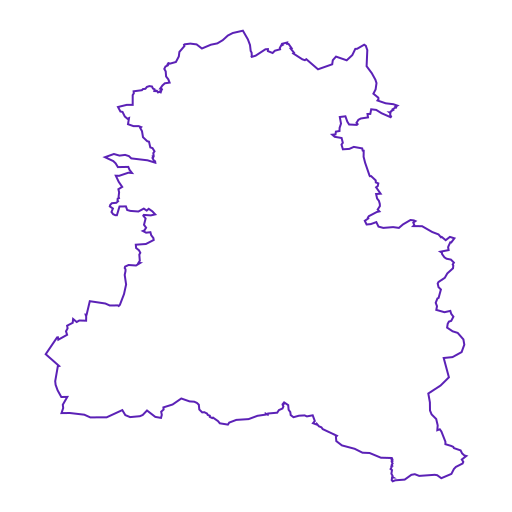 outline of Mallow Lea-5, Cork, Ireland
{"feature_id": "5873133B25639176820798", "entity_name": "Mallow Lea-5", "entity_type": "district", "adm_level": 2, "iso_a3": "IRL", "parent_name": "Ireland", "parent_adm1": "Cork", "projection": "equal_earth", "projection_center": [-8.702, 52.146], "detail": "fine", "context": "isolated", "style": "outline", "palette": "violet", "viewbox_px": 512, "rotation_deg": 0, "n_neighbors": 0, "source": "geoboundaries", "source_scale": "gbopen_adm2", "svg_char_len": 5950}
<svg xmlns="http://www.w3.org/2000/svg" viewBox="0 0 512 512"><path d="M61.5,413.1L69.8,413.0L84.3,414.7L90.3,417.4L106.7,417.3L122.3,410.1L125.3,415.1L130.1,417.1L139.9,416.2L142.7,415.0L147.0,410.5L155.3,416.9L161.0,417.9L161.8,414.9L161.2,411.7L163.6,409.5L163.4,407.4L172.6,404.5L181.3,398.5L189.6,401.4L194.2,401.7L196.9,402.9L198.8,404.7L199.3,409.5L202.2,412.4L204.3,412.2L207.1,413.6L207.7,414.9L209.8,415.7L209.8,416.9L212.3,418.1L213.0,417.6L218.0,421.1L219.8,423.3L227.9,424.6L229.2,422.6L236.3,419.9L248.6,419.1L257.5,415.8L265.7,414.6L265.7,413.6L267.8,414.7L268.1,413.5L277.2,412.7L278.9,410.1L282.5,408.5L283.4,406.5L282.8,405.2L283.5,404.3L282.8,404.0L284.1,402.4L288.2,405.1L288.6,409.7L290.3,412.1L290.7,415.1L293.5,417.2L299.0,415.7L304.6,415.4L306.9,416.4L312.7,415.3L314.8,421.0L313.0,423.2L316.5,424.5L316.8,423.8L318.9,426.3L321.4,427.3L322.7,429.1L336.9,435.8L335.9,436.8L336.3,441.1L341.9,445.4L354.7,448.8L362.5,452.7L369.6,453.0L380.9,457.7L391.8,458.0L392.4,459.3L391.6,459.9L392.5,461.0L391.7,461.7L392.6,463.5L391.8,464.6L392.3,465.9L391.3,466.3L391.5,467.4L390.6,469.0L392.0,470.1L391.4,473.7L392.6,476.0L392.2,476.9L393.2,477.5L392.1,477.5L391.7,480.1L392.7,481.3L395.3,480.3L404.7,479.6L411.4,474.8L414.8,474.2L419.2,475.9L434.7,474.8L437.2,475.2L441.3,478.2L451.4,473.9L453.9,469.0L455.9,466.9L462.6,463.5L463.3,461.9L461.8,459.5L466.3,456.0L464.3,455.4L462.1,453.4L460.6,450.4L453.9,448.1L453.3,446.9L451.1,445.9L445.4,444.2L445.4,441.7L441.4,431.5L439.8,429.3L437.3,430.2L437.7,425.4L436.2,419.0L431.6,414.4L430.0,410.5L429.9,402.4L428.3,393.5L440.6,385.5L448.9,377.3L443.7,358.0L452.5,357.1L461.6,352.1L464.3,344.7L463.4,339.4L457.7,332.9L452.6,331.3L447.1,327.6L447.7,323.8L448.9,321.6L451.2,320.9L453.4,316.7L451.2,313.8L450.3,310.9L444.5,312.2L436.3,309.9L437.0,306.2L435.7,302.8L437.4,298.5L438.6,297.9L440.9,289.5L438.5,287.1L437.7,283.5L438.5,282.0L444.8,277.8L447.3,273.4L453.0,268.3L453.3,265.6L452.7,264.5L453.9,262.6L450.9,259.6L446.5,258.7L444.4,257.3L442.1,254.1L441.9,252.7L440.4,251.7L448.6,250.1L448.1,247.2L448.6,245.9L450.3,242.3L451.2,242.5L454.4,238.3L449.9,236.9L445.7,240.2L441.7,236.9L441.0,237.3L438.5,234.4L432.2,232.0L422.1,226.2L413.3,226.1L414.3,225.1L413.3,222.6L415.4,221.1L413.8,220.4L410.5,220.0L403.0,224.4L398.9,227.9L393.1,227.1L383.3,227.9L378.5,226.6L376.3,222.1L370.8,224.1L366.6,224.5L364.8,220.8L368.3,218.4L367.9,217.6L368.8,216.2L376.8,212.0L379.4,211.4L377.7,209.5L379.9,206.1L379.8,203.9L378.9,200.8L377.1,198.5L376.1,194.0L380.6,193.7L376.1,187.3L377.8,186.0L378.3,183.4L375.8,182.4L375.7,180.4L371.1,176.1L369.9,176.2L369.5,175.5L365.1,162.7L363.6,156.8L363.7,150.7L362.7,150.6L362.2,148.4L353.8,146.9L349.3,148.9L342.9,149.3L341.5,144.6L342.8,142.8L341.6,138.0L334.7,136.8L332.3,134.7L335.5,134.4L335.9,131.6L339.5,131.0L339.6,127.9L341.0,123.6L339.8,117.0L345.4,116.3L347.3,121.6L349.1,124.5L356.8,124.9L357.6,124.1L356.5,122.8L358.4,119.8L360.8,118.5L368.0,117.4L367.5,114.0L370.3,113.9L371.2,109.3L376.2,109.9L381.5,113.2L390.6,117.2L391.1,116.6L390.2,114.9L390.3,113.0L389.4,112.3L390.6,112.3L390.8,111.4L393.2,110.0L392.6,109.3L395.2,107.7L394.5,107.2L396.0,107.6L396.3,106.9L395.7,106.5L397.3,105.6L393.3,104.2L385.7,103.3L377.5,100.5L378.5,99.1L378.3,97.7L373.4,93.7L375.6,89.4L376.5,83.1L375.4,79.7L371.8,73.2L366.6,66.2L367.3,50.1L365.8,45.8L364.2,44.7L357.1,48.8L355.3,48.9L352.3,55.1L346.7,60.3L336.0,56.6L332.8,60.2L332.2,64.3L318.0,69.3L306.3,59.2L304.9,60.2L302.3,59.3L293.2,53.4L294.0,52.7L290.6,48.5L291.6,48.2L288.6,44.0L287.0,43.8L287.2,42.5L282.0,43.8L281.7,44.4L282.5,45.0L280.9,45.9L279.8,48.0L280.1,49.3L274.9,50.7L272.6,53.0L267.9,51.1L267.9,49.1L265.4,49.3L255.6,55.7L251.0,57.1L251.8,56.3L251.6,52.6L250.7,51.0L250.0,45.0L247.9,39.4L242.9,30.7L232.8,33.0L227.9,35.5L222.7,40.2L217.3,43.4L210.9,44.7L201.9,48.5L196.6,44.4L190.3,43.6L184.7,44.3L184.0,44.8L184.4,46.1L179.4,51.9L178.8,56.5L175.9,62.0L170.1,63.6L168.4,63.1L167.7,64.1L168.4,64.4L167.8,65.4L165.5,66.5L164.3,68.9L165.7,71.4L166.1,76.5L168.3,79.3L169.6,82.6L164.8,83.3L162.4,85.5L160.5,88.2L161.2,88.1L161.9,89.4L160.9,90.1L161.4,90.4L160.7,92.4L159.2,91.8L158.0,92.4L157.2,91.2L155.1,91.1L155.6,90.6L154.4,90.4L154.5,89.3L152.9,88.5L152.0,86.5L149.4,86.1L146.9,86.9L145.4,88.8L142.9,89.1L141.9,90.2L133.6,91.3L133.8,93.3L132.7,95.1L132.7,104.9L126.6,104.9L118.0,107.0L120.4,111.5L122.5,111.9L124.8,116.5L127.5,118.8L129.0,118.1L128.0,124.2L133.4,126.1L138.6,126.1L141.1,127.1L140.2,127.9L142.0,131.2L143.0,137.2L147.2,141.2L149.0,141.7L150.3,147.4L152.5,148.1L154.5,151.3L153.3,153.1L153.7,156.0L152.8,156.2L153.2,157.5L152.5,158.0L154.0,160.8L155.1,161.3L155.3,162.7L147.5,160.3L131.3,158.4L128.9,156.1L125.1,154.9L119.5,155.6L113.9,154.0L105.0,157.2L113.3,161.1L115.6,163.3L117.9,167.1L128.3,166.9L129.5,169.8L132.0,173.0L128.4,172.7L119.2,175.8L115.8,175.7L118.7,181.8L122.2,186.9L118.4,189.2L119.1,192.3L118.6,196.8L119.0,198.1L117.7,198.6L117.5,200.3L118.1,201.2L116.3,202.8L111.9,203.2L110.3,204.8L109.8,206.4L112.9,208.5L111.5,212.0L113.1,214.2L115.3,215.2L116.9,215.2L119.5,206.5L125.9,206.4L127.2,210.0L130.3,210.9L138.4,211.5L143.8,208.6L146.7,210.6L148.7,208.8L152.3,211.3L155.2,214.4L150.8,215.4L143.8,214.9L143.3,215.7L145.6,218.5L144.0,224.8L146.1,227.7L144.4,230.4L142.9,231.0L146.1,232.7L150.4,232.2L151.2,235.2L153.4,238.1L153.7,240.0L145.9,244.0L135.8,244.7L136.1,248.0L139.0,250.3L140.3,252.8L139.3,254.6L139.8,260.7L138.5,262.8L140.1,263.0L136.0,265.5L128.6,265.0L125.1,266.6L124.7,268.0L125.5,269.3L125.5,271.1L124.7,274.9L126.1,284.5L124.0,294.1L119.9,304.8L118.7,306.0L117.9,305.4L109.8,305.5L105.3,303.5L89.8,301.2L86.6,314.7L85.6,314.6L86.2,316.5L86.1,320.7L79.3,320.5L76.7,322.0L73.1,319.0L72.7,322.8L67.1,325.7L67.6,328.3L66.0,331.3L67.1,334.8L58.3,339.7L57.9,337.3L57.1,337.4L45.7,354.2L59.1,366.0L57.8,366.4L55.2,381.2L55.6,384.8L57.6,390.3L61.3,397.0L67.3,396.9L62.8,404.7L63.2,408.0L61.5,413.1Z" fill="none" stroke="#5b21b6" stroke-width="2"/></svg>